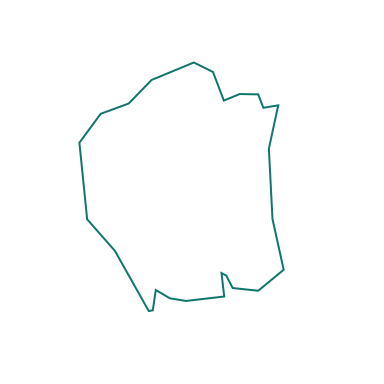 the border of Tashkent, rotated 307°
{"feature_id": "UZB-4828", "entity_name": "Tashkent", "entity_type": "Region", "adm_level": 1, "iso_a3": "UZB", "parent_name": "Uzbekistan", "parent_adm1": "", "projection": "robinson", "projection_center": [69.25, 41.311], "detail": "fine", "context": "isolated", "style": "outline", "palette": "teal", "viewbox_px": 384, "rotation_deg": 307, "n_neighbors": 0, "source": "natural_earth", "source_scale": "10m", "svg_char_len": 480}
<svg xmlns="http://www.w3.org/2000/svg" viewBox="0 0 384 384"><g transform="rotate(307 192 192)"><path d="M199.5,72.0L224.6,88.2L257.2,92.3L296.5,115.5L300.5,136.5L284.2,162.4L298.9,171.1L309.8,186.1L302.2,198.3L313.1,208.7L272.9,227.3L218.9,272.5L185.1,312.0L153.0,304.3L139.8,282.3L145.9,269.6L145.0,264.4L127.9,280.6L101.4,252.8L93.8,238.3L91.9,222.1L73.9,231.9L70.9,229.1L98.6,165.9L107.1,124.7L163.6,72.4L199.5,72.0Z" fill="none" stroke="#0f766e" stroke-width="2"/></g></svg>